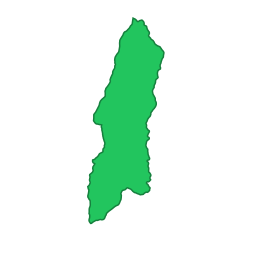 outline of Khipisa, Daga, Bhutan, rotated 208°
{"feature_id": "84629894B72063035508805", "entity_name": "Khipisa", "entity_type": "district", "adm_level": 2, "iso_a3": "BTN", "parent_name": "Bhutan", "parent_adm1": "Daga", "projection": "equal_earth", "projection_center": [89.941, 27.038], "detail": "fine", "context": "isolated", "style": "filled", "palette": "green", "viewbox_px": 256, "rotation_deg": 208, "n_neighbors": 0, "source": "geoboundaries", "source_scale": "gbopen_adm2", "svg_char_len": 5880}
<svg xmlns="http://www.w3.org/2000/svg" viewBox="0 0 256 256"><g transform="rotate(208 128 128)"><path d="M164.4,124.8L164.4,123.6L163.7,122.3L162.9,120.8L162.4,119.6L161.8,118.2L160.6,117.6L159.2,116.9L157.9,116.7L157.0,117.1L154.5,117.7L153.2,118.3L152.7,118.4L152.1,116.4L150.8,115.3L150.1,113.9L149.0,112.7L147.8,111.2L147.2,110.1L146.5,109.4L146.2,108.8L145.4,108.0L144.8,107.2L144.0,106.5L143.1,105.5L141.7,104.3L140.9,103.0L140.7,101.4L139.7,99.8L140.2,98.2L139.8,96.7L139.1,95.8L139.1,94.8L140.2,93.3L141.1,91.9L141.2,89.8L141.4,88.4L142.5,86.0L142.7,84.7L144.2,83.2L143.7,82.0L142.6,81.0L140.5,80.8L140.6,78.6L140.7,77.2L140.1,75.6L138.8,74.2L138.6,72.4L139.0,71.2L139.9,69.0L139.5,67.9L138.6,67.1L138.2,66.0L137.6,64.0L136.1,62.5L135.6,61.8L135.4,59.1L136.0,57.4L134.4,55.5L133.5,55.0L132.8,53.3L132.2,51.5L131.6,49.2L130.9,48.1L129.7,47.4L128.8,46.7L127.6,46.3L126.9,45.4L125.1,42.2L124.7,40.9L124.5,39.1L124.0,37.8L122.8,35.6L122.2,34.1L121.3,33.5L120.6,32.6L119.7,30.6L119.5,29.3L119.1,28.2L118.2,27.2L116.2,26.2L115.5,26.7L114.6,28.8L113.0,31.3L112.1,31.9L111.4,32.2L110.6,33.2L109.6,34.2L107.9,34.7L106.6,35.9L106.3,37.4L106.6,39.7L106.5,41.0L106.9,42.4L106.0,45.2L105.0,47.3L103.9,49.6L103.2,51.4L102.3,53.3L101.2,54.7L100.4,55.8L100.3,57.7L100.6,60.0L100.6,61.4L101.3,63.3L102.3,65.5L103.5,66.6L103.7,68.4L103.7,69.5L103.6,69.9L103.5,70.2L103.1,70.8L102.5,71.3L101.6,72.2L101.4,72.6L101.0,74.0L100.8,74.4L100.6,74.8L100.3,75.0L99.4,75.1L98.6,75.1L97.3,75.3L96.9,75.3L96.5,75.2L95.3,74.9L94.8,74.7L94.1,74.4L93.4,74.3L93.0,74.2L92.3,74.1L91.7,74.1L91.4,74.3L90.9,74.3L90.1,74.5L89.1,74.4L88.8,74.4L88.4,74.6L88.0,74.7L87.1,74.7L86.7,74.8L86.4,74.7L86.1,74.8L85.6,74.9L84.6,75.7L83.7,76.3L83.4,76.6L83.2,77.1L83.1,77.7L83.0,78.0L82.8,78.5L82.5,78.8L82.1,79.6L81.9,79.8L81.6,80.0L81.1,80.1L80.7,80.3L80.4,80.7L80.2,81.0L79.9,82.0L79.8,82.5L79.6,82.9L79.9,83.6L80.1,84.2L80.3,85.2L80.7,85.7L81.2,85.8L81.7,85.9L82.0,86.1L82.7,86.5L83.3,87.1L84.5,87.6L85.1,87.6L85.4,87.8L85.8,88.0L86.0,88.4L85.9,89.0L85.8,89.4L85.6,89.7L84.8,90.0L84.4,90.5L84.2,90.8L84.0,91.5L83.9,91.9L83.8,92.5L83.7,92.9L84.0,93.2L84.5,93.3L84.8,93.5L85.1,94.0L85.4,94.7L85.5,95.2L85.5,95.6L85.4,96.5L85.6,96.9L86.0,97.5L86.6,97.9L87.8,98.6L88.2,98.7L88.7,98.8L89.0,98.9L89.3,99.2L89.7,99.9L90.3,101.2L90.8,102.2L91.2,102.7L91.8,103.0L92.3,103.6L92.6,104.0L92.7,104.5L93.0,105.9L93.1,106.2L93.3,106.5L93.6,106.8L93.9,107.1L94.3,107.3L94.6,107.3L95.2,107.4L95.6,107.8L95.7,108.2L95.6,108.7L95.4,108.9L94.6,109.6L94.4,110.3L94.4,110.7L94.6,111.1L94.7,111.4L95.0,111.7L95.5,112.0L96.1,112.5L97.0,113.4L97.8,114.0L98.0,114.3L98.5,115.1L99.1,116.0L99.6,116.6L99.8,116.9L100.1,117.7L100.5,118.3L100.7,118.6L101.3,118.8L101.7,119.0L102.5,119.5L102.9,119.8L103.5,120.4L103.8,120.7L104.1,121.1L104.2,121.5L104.3,121.8L104.5,122.3L104.7,123.1L105.2,124.6L105.2,125.0L105.2,125.5L105.1,125.9L105.0,126.2L104.3,127.7L104.2,128.1L104.2,128.5L104.5,129.1L104.7,129.3L105.2,129.5L106.0,129.5L106.7,129.7L107.1,130.2L107.3,131.5L107.4,132.5L107.5,133.1L107.4,133.6L107.4,134.6L107.5,134.9L107.8,135.4L108.2,135.6L108.5,135.6L109.3,135.7L109.6,135.7L110.0,136.0L110.7,136.4L111.8,136.9L112.0,137.2L112.2,137.5L112.4,137.9L112.5,138.3L112.8,139.0L113.1,139.4L113.4,139.7L114.1,140.3L114.4,140.8L114.4,141.2L114.4,142.1L114.4,142.7L114.4,143.1L114.7,144.9L114.7,145.7L114.6,146.2L114.5,146.8L114.4,147.4L114.2,148.0L114.0,148.4L114.0,148.8L114.0,149.3L114.1,149.9L114.2,150.6L114.9,152.0L114.9,152.4L114.9,152.8L114.7,153.8L114.6,154.4L114.5,155.8L114.4,156.3L114.0,157.7L114.0,158.1L113.9,158.9L113.8,159.5L113.8,160.1L113.9,160.8L114.0,161.7L114.2,162.2L114.6,163.0L114.9,163.5L115.3,163.9L115.7,164.3L116.3,164.7L116.7,165.0L117.0,165.3L117.4,166.1L117.8,166.8L118.0,167.1L119.9,168.4L120.9,169.0L121.9,169.7L122.9,170.9L123.2,171.3L123.6,171.8L123.9,172.6L124.1,173.4L124.1,174.1L124.0,175.5L124.0,176.1L124.2,176.6L124.6,177.0L124.9,178.2L124.9,179.7L125.1,181.1L125.3,181.4L126.0,183.2L125.9,184.5L125.3,185.7L125.2,186.4L125.3,187.0L126.1,187.7L127.0,189.0L127.7,190.0L128.1,191.1L128.4,192.4L128.2,193.6L127.1,195.3L127.5,196.4L128.5,197.3L129.3,198.9L129.4,200.8L129.8,202.0L130.1,203.8L130.3,205.2L130.1,207.2L130.9,209.1L131.3,210.5L131.9,211.7L133.3,212.5L134.5,212.9L136.0,213.7L137.9,214.7L139.3,214.6L140.6,214.4L141.8,214.6L143.0,214.7L144.2,215.2L145.1,216.0L146.8,216.9L147.6,217.1L148.5,217.1L149.5,217.3L150.1,217.8L151.1,218.2L152.1,218.4L153.0,218.9L153.3,219.4L153.5,221.5L154.0,222.3L154.7,222.9L155.4,223.1L156.0,223.5L156.7,223.8L157.9,224.8L158.4,225.3L158.8,225.9L159.4,226.5L159.7,226.6L160.7,226.5L161.7,226.5L162.1,226.6L162.5,227.0L162.7,227.7L163.3,228.5L164.0,229.1L165.8,229.8L166.2,229.8L166.6,229.7L167.1,229.2L168.0,228.4L168.4,227.8L168.7,227.1L169.1,226.7L169.7,226.5L170.4,226.7L171.0,227.1L171.9,227.3L172.6,227.5L174.3,227.4L175.1,227.4L174.4,225.3L174.0,224.2L173.2,222.0L173.2,220.8L173.5,220.0L173.7,219.2L173.7,218.4L173.7,217.4L173.8,216.6L174.0,215.8L174.3,215.0L174.6,213.7L174.8,213.1L175.0,212.6L175.9,211.5L176.1,211.1L176.3,210.4L176.3,209.0L176.1,208.0L176.1,207.1L176.3,204.9L176.4,203.1L176.4,202.0L176.2,201.1L175.7,200.1L175.4,199.2L173.7,196.3L173.2,194.9L172.0,191.2L172.0,190.4L172.1,189.5L172.4,188.1L172.5,186.7L172.6,184.9L172.5,184.2L172.2,183.2L171.8,182.1L171.6,181.6L171.0,181.0L170.2,179.4L169.8,178.9L169.1,178.5L168.9,178.2L168.8,177.6L168.8,176.7L168.6,176.2L168.1,175.3L167.9,174.4L167.9,173.4L168.0,172.5L168.0,171.5L167.9,170.7L167.4,169.4L167.1,169.0L167.0,168.6L167.0,168.1L167.0,166.5L166.9,165.4L166.8,164.0L166.4,162.0L165.7,161.3L165.3,160.1L165.3,158.7L165.4,157.1L165.6,155.3L166.1,152.6L165.8,151.4L165.6,149.8L164.4,148.0L163.2,145.6L163.0,145.1L163.3,144.2L163.8,142.8L164.6,140.8L165.0,138.8L164.9,137.7L164.7,136.5L164.1,134.5L164.0,128.8L164.0,126.7L164.4,124.8Z" fill="#22c55e" stroke="#15803d" stroke-width="1.5"/></g></svg>